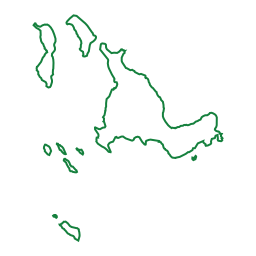 outline of Palm Island, Queensland, Australia
{"feature_id": "25037944B36323732446250", "entity_name": "Palm Island", "entity_type": "district", "adm_level": 2, "iso_a3": "AUS", "parent_name": "Australia", "parent_adm1": "Queensland", "projection": "robinson", "projection_center": [146.576, -18.75], "detail": "fine", "context": "isolated", "style": "outline", "palette": "green", "viewbox_px": 256, "rotation_deg": 0, "n_neighbors": 0, "source": "geoboundaries", "source_scale": "gbopen_adm2", "svg_char_len": 5680}
<svg xmlns="http://www.w3.org/2000/svg" viewBox="0 0 256 256"><path d="M108.1,145.0L109.1,143.4L110.3,142.5L113.1,141.6L115.4,137.2L116.5,136.9L117.1,137.8L118.4,137.9L121.3,136.6L123.0,136.5L125.7,138.4L131.6,140.5L132.6,140.5L133.8,139.6L134.2,138.3L135.8,137.2L137.7,136.7L139.4,137.3L142.2,141.9L144.5,144.4L145.2,144.7L145.7,144.5L145.9,141.4L146.3,140.8L148.8,139.9L150.5,139.6L159.1,141.0L158.9,141.7L159.4,141.6L159.8,142.0L160.8,142.2L161.6,143.6L162.8,144.5L163.6,147.5L164.3,148.6L165.1,148.9L165.4,149.7L167.3,150.8L168.4,152.5L168.4,153.4L169.6,154.5L170.7,156.2L172.3,157.6L175.6,158.0L175.8,157.7L179.7,156.9L185.7,153.9L188.1,152.1L189.0,152.2L189.7,151.8L192.4,150.1L193.1,148.2L194.9,148.2L197.8,143.4L203.3,141.0L203.1,141.9L203.6,142.7L205.6,144.3L205.5,145.3L205.8,145.8L207.8,145.5L210.6,144.1L211.2,143.1L211.0,141.4L211.8,138.9L214.8,138.1L215.6,135.7L217.5,135.0L217.9,138.4L217.7,139.7L218.1,140.6L218.6,140.8L221.1,141.2L221.7,140.9L222.3,140.1L221.6,138.5L222.4,138.1L221.0,136.3L221.0,135.2L221.7,133.9L219.7,133.7L219.7,132.6L219.1,131.9L218.6,131.5L218.2,131.6L216.1,130.9L214.9,129.7L215.0,128.8L216.3,126.8L216.7,125.2L216.8,117.4L216.0,115.5L214.9,114.4L213.0,113.3L211.6,112.8L209.9,113.0L209.1,114.0L207.4,115.2L205.1,115.3L203.3,116.1L201.7,117.2L200.5,119.6L198.5,120.4L197.8,121.0L195.8,121.6L193.5,123.6L191.0,124.0L188.6,125.1L187.4,125.2L186.3,124.8L185.7,125.1L185.1,124.9L184.0,125.0L183.0,125.7L180.7,125.9L179.2,127.0L177.3,127.1L176.4,127.9L175.2,127.9L175.1,128.2L172.2,127.7L171.6,128.1L170.1,127.0L168.2,125.3L165.4,121.6L163.6,118.4L162.9,116.4L162.9,112.9L163.4,111.8L164.0,108.2L163.6,107.7L163.5,104.9L162.9,101.8L161.0,99.8L160.6,98.4L159.7,97.0L159.0,96.9L157.8,95.5L156.8,93.4L156.6,92.1L155.8,91.6L152.9,88.0L151.8,87.3L149.9,84.8L149.6,83.4L148.8,82.1L148.4,80.2L147.8,78.9L146.6,78.0L145.7,78.1L145.3,77.4L145.6,76.1L145.2,75.5L141.0,73.9L139.5,74.3L138.7,74.0L135.0,72.1L134.5,71.5L134.4,71.0L133.2,70.5L132.3,69.8L130.3,70.2L127.0,68.3L125.9,68.0L122.2,62.3L121.7,61.0L121.7,57.6L123.4,53.9L124.6,52.9L124.5,51.5L124.8,51.1L124.4,51.2L124.2,50.7L123.7,50.6L123.8,50.3L122.6,49.9L122.0,49.3L121.5,49.3L120.9,49.6L120.7,50.5L119.9,50.8L119.3,51.6L117.2,52.9L114.0,52.7L111.5,53.1L106.9,49.3L106.1,47.6L105.9,44.7L105.5,44.2L104.8,43.8L102.2,43.4L101.1,44.0L100.8,44.7L100.1,49.5L107.9,59.3L108.2,60.2L107.8,63.4L108.3,66.5L108.9,68.3L111.9,74.5L114.4,78.6L114.4,79.4L114.2,79.7L114.3,81.5L114.8,82.1L116.7,82.3L117.3,84.1L116.8,86.0L115.6,88.1L115.2,88.3L114.6,88.0L114.0,88.2L113.8,89.4L113.4,89.7L112.7,89.3L111.9,89.6L109.3,96.4L106.6,99.1L106.1,103.2L106.1,106.8L105.6,107.8L105.5,110.7L105.1,111.0L105.2,111.6L104.5,115.1L103.0,117.2L104.0,118.4L103.9,121.0L103.5,121.5L104.1,121.8L105.5,126.2L104.8,127.4L102.7,127.7L100.0,129.2L98.6,129.0L95.3,127.4L95.0,127.5L95.1,129.4L98.4,134.3L98.5,136.1L98.1,137.1L97.7,137.4L97.8,137.6L96.7,137.6L96.4,139.3L96.6,140.4L96.3,141.4L97.8,143.6L101.8,146.4L104.4,147.7L106.7,149.6L108.6,151.8L110.6,152.2L110.7,151.9L108.3,146.3L108.1,145.0ZM44.6,48.6L45.8,49.6L46.1,50.5L46.8,50.7L47.2,52.3L46.2,52.8L44.7,54.6L44.6,55.5L42.7,57.8L41.1,61.8L37.4,66.7L36.9,66.8L36.6,68.4L36.9,69.5L36.7,70.2L38.2,71.7L38.3,74.5L39.0,75.2L39.6,76.7L41.2,78.1L41.9,80.0L45.7,82.1L46.6,83.9L46.4,86.2L48.4,87.5L50.0,87.1L50.8,85.9L52.0,82.0L52.0,80.2L51.3,78.0L51.2,76.3L53.1,74.4L52.8,73.0L53.0,69.6L53.3,68.8L53.5,62.8L53.3,59.7L52.7,56.9L51.9,55.8L52.1,53.7L54.6,50.6L55.0,49.4L54.9,47.5L54.2,45.7L54.2,44.2L55.5,41.5L55.5,38.7L54.2,34.4L52.7,30.6L50.8,27.5L48.8,25.4L47.1,24.5L45.9,24.8L45.0,24.5L42.5,25.3L40.4,26.7L39.9,26.7L37.5,25.9L36.2,24.7L35.5,23.4L34.9,23.4L33.6,25.2L36.4,27.9L38.8,29.2L40.5,30.7L40.7,35.3L40.4,36.1L40.4,37.8L40.7,38.5L41.1,41.0L42.0,42.8L43.2,44.0L44.0,46.4L44.7,47.5L44.6,48.6ZM81.4,43.5L80.9,44.6L80.8,47.2L80.5,48.2L79.8,48.8L79.9,49.5L80.9,50.5L83.0,51.8L83.4,54.4L82.9,55.7L83.3,56.3L84.8,56.5L87.0,55.7L87.4,53.8L88.8,51.4L89.8,45.2L90.6,43.1L93.4,41.3L95.2,39.5L96.0,37.8L95.9,36.5L95.0,35.7L93.5,35.3L92.5,32.7L92.1,32.5L87.4,25.7L85.3,23.4L76.6,15.9L73.5,15.4L69.9,18.4L67.3,21.2L66.5,22.5L66.7,23.7L67.4,24.3L69.0,23.8L71.7,24.6L72.7,25.5L73.8,27.5L74.4,29.6L75.4,30.5L76.0,31.5L76.5,32.8L76.5,33.6L77.2,34.3L77.8,35.4L77.8,36.2L79.5,38.0L81.1,41.1L81.4,43.5ZM71.6,227.0L69.9,226.0L67.8,223.3L65.6,221.6L64.7,221.8L63.8,221.7L61.9,223.7L61.4,223.7L60.5,224.6L59.6,224.6L59.9,225.3L60.9,225.7L61.5,226.4L62.4,228.1L64.1,229.0L64.6,229.9L65.3,230.4L67.7,233.4L69.7,234.4L70.2,235.0L73.1,235.9L73.8,236.5L74.6,237.7L74.7,238.5L78.3,240.6L79.5,236.4L79.6,235.1L79.3,232.2L78.8,230.5L78.8,229.4L77.1,228.1L76.3,228.1L71.6,227.0ZM64.3,158.9L63.8,160.1L63.8,160.6L66.2,162.7L66.6,164.1L68.3,167.2L69.2,168.3L69.7,170.3L70.4,171.2L71.4,171.2L72.3,171.4L72.6,171.8L75.1,172.3L76.4,172.3L77.0,171.9L76.4,170.3L75.7,169.9L72.8,166.6L71.3,166.4L70.9,165.6L70.3,165.2L69.6,163.2L68.6,161.3L67.4,160.3L66.5,160.0L65.1,158.8L64.3,158.9ZM43.9,148.2L44.9,150.1L44.8,151.2L47.7,154.4L49.3,155.0L51.1,151.0L50.0,148.0L49.1,146.6L45.8,144.7L45.0,144.7L44.1,146.6L43.9,148.2ZM56.8,144.1L57.9,145.3L59.7,149.8L61.3,150.5L61.7,151.5L63.8,153.6L65.2,154.2L65.8,154.0L63.3,148.3L62.0,146.7L60.5,145.8L60.0,145.1L58.6,144.9L58.0,143.8L56.9,143.6L56.8,144.1ZM83.0,152.2L81.5,149.7L79.6,149.9L77.9,149.3L76.9,148.4L76.5,148.8L77.4,150.1L78.9,150.9L79.8,152.5L82.7,154.5L83.2,153.6L83.0,152.2ZM196.2,156.8L195.9,156.1L195.6,155.9L194.7,157.2L193.5,158.0L192.4,157.6L192.3,158.5L192.5,159.3L193.4,160.1L195.4,159.2L196.2,156.8ZM53.1,215.7L53.6,216.6L55.1,216.9L56.2,217.8L56.8,217.3L56.8,216.2L55.6,215.0L54.1,215.0L53.1,215.7Z" fill="none" stroke="#15803d" stroke-width="2"/></svg>